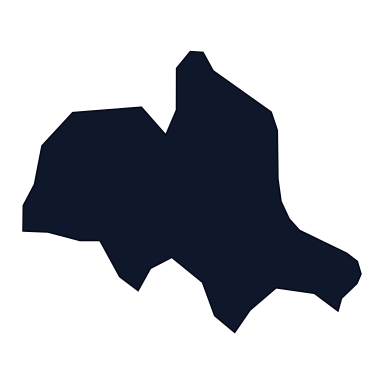 map outline of Ciblas (Albers equal-area conic projection)
{"feature_id": "LVA-5745", "entity_name": "Ciblas", "entity_type": "Municipality", "adm_level": 1, "iso_a3": "LVA", "parent_name": "Latvia", "parent_adm1": "", "projection": "albers", "projection_center": [27.868, 56.613], "detail": "fine", "context": "isolated", "style": "filled", "palette": "ink", "viewbox_px": 384, "rotation_deg": 0, "n_neighbors": 0, "source": "natural_earth", "source_scale": "10m", "svg_char_len": 575}
<svg xmlns="http://www.w3.org/2000/svg" viewBox="0 0 384 384"><path d="M203.0,52.4L213.1,70.8L271.2,112.1L277.3,130.4L277.9,178.7L281.0,201.4L289.1,218.8L299.5,230.4L346.9,253.4L357.3,261.4L361.0,274.0L356.9,283.5L341.5,298.3L338.0,311.0L314.4,293.3L276.1,287.8L250.0,310.1L234.7,332.4L214.7,315.7L202.5,282.3L171.8,257.3L150.4,268.4L138.1,290.6L119.7,276.7L99.9,240.5L80.0,240.5L47.8,232.0L23.0,231.0L23.3,205.5L34.5,184.3L42.0,145.8L72.7,112.6L141.4,107.2L165.8,135.0L176.5,110.0L176.6,68.3L190.3,51.6L203.0,52.4Z" fill="#0f172a" stroke="#020617" stroke-width="1.5"/></svg>